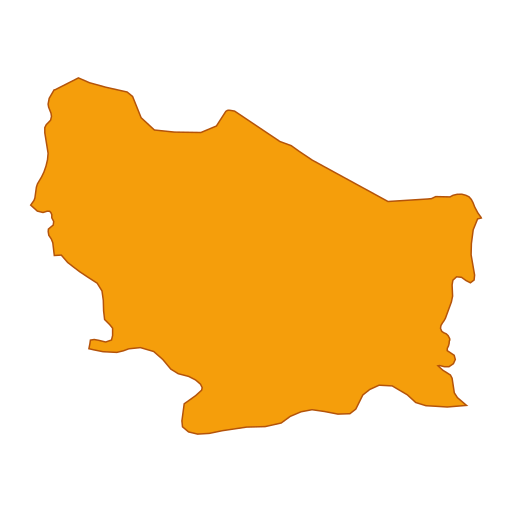 the Region of Ñuble
{"feature_id": "CHL-20010", "entity_name": "Ñuble", "entity_type": "Region", "adm_level": 1, "iso_a3": "CHL", "parent_name": "Chile", "parent_adm1": "", "projection": "mercator", "projection_center": [-71.968, -36.605], "detail": "fine", "context": "isolated", "style": "filled", "palette": "amber", "viewbox_px": 512, "rotation_deg": 0, "n_neighbors": 0, "source": "natural_earth", "source_scale": "10m", "svg_char_len": 2209}
<svg xmlns="http://www.w3.org/2000/svg" viewBox="0 0 512 512"><path d="M481.3,218.0L477.6,218.9L473.2,229.8L471.4,243.6L471.1,254.8L474.6,275.1L474.1,280.0L470.4,282.8L466.1,280.6L461.5,277.3L456.6,276.8L452.9,280.2L452.1,284.9L452.6,296.1L451.4,301.9L445.4,318.3L444.1,320.6L442.4,323.0L440.9,325.6L440.5,328.4L441.8,331.4L443.9,332.8L446.2,333.8L448.1,335.6L449.7,338.7L449.8,340.0L449.3,341.1L449.1,343.6L448.5,345.9L447.3,348.3L447.2,350.6L454.2,355.3L455.3,359.5L453.4,363.7L449.0,366.7L444.3,366.7L439.6,365.5L438.0,365.8L442.8,370.2L450.4,375.0L452.1,378.2L454.3,392.8L457.4,397.6L466.5,405.4L447.3,407.0L436.3,406.3L425.9,405.7L415.7,402.5L407.3,394.8L392.2,385.9L379.1,385.2L369.7,389.5L362.8,395.0L355.8,409.1L349.9,413.7L337.9,414.1L324.5,411.5L312.0,409.7L301.0,411.8L290.2,416.4L281.2,423.0L265.2,426.6L246.5,427.1L222.3,430.7L209.3,433.4L197.6,434.1L188.5,431.9L182.5,426.8L181.9,420.9L184.2,403.8L195.7,395.6L201.6,390.2L202.2,387.7L200.5,384.2L195.5,379.9L188.6,376.4L178.2,373.7L170.8,369.1L162.8,359.5L153.7,351.5L140.4,347.6L128.8,348.8L123.4,350.8L116.8,352.4L103.0,351.7L93.6,349.8L88.9,348.7L89.9,343.7L90.4,340.1L94.2,339.5L98.6,340.3L105.7,342.0L111.5,340.0L112.6,335.5L112.6,328.2L109.7,324.6L104.6,319.5L103.6,310.8L103.3,300.3L102.0,291.0L97.2,283.2L87.3,276.8L79.8,271.8L73.6,267.1L67.7,262.5L61.3,255.1L54.3,255.5L52.8,242.8L51.3,239.0L48.8,235.3L48.2,231.6L48.4,229.1L51.2,226.7L53.2,225.1L53.7,221.5L51.8,217.8L51.8,214.7L50.8,212.5L49.6,211.3L47.2,211.2L43.0,212.5L37.3,211.1L30.7,205.1L34.0,200.4L34.9,197.9L36.4,187.1L37.5,183.8L41.6,176.9L44.0,171.9L46.0,166.1L47.5,159.8L48.1,153.3L44.8,132.8L44.8,127.6L46.3,124.6L50.6,120.2L51.5,116.4L51.0,113.2L48.6,107.1L48.1,104.1L49.2,98.3L54.1,89.9L55.0,89.8L78.4,77.9L89.4,82.7L105.7,87.2L127.1,92.0L132.6,96.5L141.1,117.7L154.4,130.0L174.5,132.1L200.9,132.5L216.4,126.0L225.8,111.4L227.4,110.4L228.7,110.2L230.6,110.4L234.6,111.1L279.9,141.5L291.3,145.7L299.1,151.3L312.2,160.1L388.0,201.5L427.5,199.0L431.5,198.6L435.7,196.6L450.0,196.9L453.0,195.3L457.1,194.3L461.8,194.2L465.9,195.3L469.0,196.8L471.3,199.4L473.0,202.6L474.7,207.0L477.9,213.0L481.0,217.3L481.3,218.0Z" fill="#f59e0b" stroke="#b45309" stroke-width="1.5"/></svg>